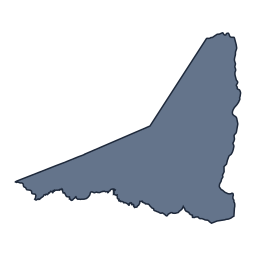 the district of Chasefu, Eastern, Zambia
{"feature_id": "96606910B72978673218668", "entity_name": "Chasefu", "entity_type": "district", "adm_level": 2, "iso_a3": "ZMB", "parent_name": "Zambia", "parent_adm1": "Eastern", "projection": "albers", "projection_center": [32.897, -11.923], "detail": "fine", "context": "isolated", "style": "filled", "palette": "slate", "viewbox_px": 256, "rotation_deg": 0, "n_neighbors": 0, "source": "geoboundaries", "source_scale": "gbopen_adm2", "svg_char_len": 5831}
<svg xmlns="http://www.w3.org/2000/svg" viewBox="0 0 256 256"><path d="M15.4,182.0L16.1,182.1L16.4,182.4L17.6,182.1L18.7,182.4L20.3,183.0L21.4,182.9L22.1,183.1L23.0,183.8L23.3,184.4L23.4,185.8L23.8,186.7L24.4,187.1L25.2,187.4L25.7,187.8L26.6,189.6L27.2,189.8L30.0,190.2L30.6,190.4L31.2,190.9L31.5,191.2L31.8,193.2L32.1,193.6L33.5,194.0L34.5,194.0L34.9,194.2L35.3,194.3L35.9,195.6L35.9,196.0L35.6,196.7L35.4,198.3L34.7,199.2L35.3,199.7L35.9,200.0L36.3,200.0L38.2,198.9L38.6,199.0L38.8,199.4L39.2,199.3L39.7,199.3L40.1,198.6L40.9,198.2L41.3,197.5L42.3,197.1L42.7,196.7L43.2,196.4L43.9,195.0L44.8,194.7L45.5,195.0L45.7,194.4L46.2,194.2L47.5,194.6L48.4,193.6L48.6,193.0L48.8,192.7L49.2,192.7L49.5,192.9L50.6,191.3L50.8,191.2L51.9,191.8L52.6,192.7L52.9,192.6L53.1,192.2L53.1,191.2L53.2,190.6L53.5,190.6L53.8,190.9L54.0,191.2L54.3,191.2L54.5,191.0L54.4,190.5L54.5,190.1L54.8,190.1L55.1,190.4L56.8,190.1L57.9,190.2L58.9,189.9L59.2,190.0L59.3,190.2L59.8,190.0L59.9,189.9L59.9,189.4L60.1,189.3L60.7,189.3L61.1,189.6L61.3,189.7L61.9,189.4L62.0,189.0L62.4,189.4L62.7,191.6L63.2,193.0L63.7,193.0L64.2,192.7L64.5,192.8L66.4,196.4L67.1,196.7L67.5,196.7L68.5,197.0L69.3,196.8L69.5,196.9L69.6,197.5L69.4,199.0L69.7,199.1L70.5,199.2L70.9,200.1L71.1,200.3L71.4,200.4L72.5,200.1L73.7,198.7L74.8,198.1L75.1,197.3L75.9,196.7L76.1,197.0L76.2,197.4L76.7,198.5L77.9,199.3L79.0,199.1L80.3,199.4L81.4,199.2L83.4,199.2L84.3,199.1L86.5,198.5L87.9,197.4L89.6,195.3L90.2,193.5L90.3,192.9L91.2,191.8L92.2,191.9L94.2,192.8L96.6,192.1L97.7,192.5L99.6,192.6L102.3,191.4L102.6,191.6L103.6,191.3L104.7,191.3L105.5,191.8L107.2,191.6L107.6,191.8L107.8,192.6L108.4,192.4L108.5,191.8L109.2,191.1L109.9,190.9L110.5,189.8L111.0,189.4L112.6,189.0L113.5,189.0L114.5,189.3L115.3,189.9L114.9,190.5L114.6,190.6L113.5,189.9L113.3,189.9L113.6,191.8L113.9,192.0L114.1,192.5L114.0,193.0L113.6,193.1L113.8,193.5L113.5,193.9L113.5,194.3L114.1,194.0L114.5,194.6L115.9,195.0L116.1,195.3L116.5,195.1L117.0,195.0L116.9,195.3L117.2,196.0L117.3,196.7L117.3,197.8L117.5,198.5L117.9,198.9L118.9,199.1L119.0,199.2L119.1,199.6L118.7,200.3L118.8,200.6L119.2,200.8L119.2,201.0L120.2,201.2L120.5,201.0L120.9,201.7L121.8,201.4L122.8,201.7L123.3,202.0L123.6,202.7L124.0,202.9L124.8,202.5L125.9,203.0L126.2,203.1L127.3,203.7L128.2,204.5L128.4,204.5L128.4,204.8L128.8,205.2L129.0,205.2L128.9,204.6L129.3,204.3L129.2,203.9L129.2,203.7L129.6,203.6L129.7,203.3L130.0,203.4L130.1,203.0L130.4,203.0L130.4,203.3L130.5,203.1L130.9,203.0L130.9,202.9L131.0,202.7L131.3,202.8L131.7,203.3L131.7,203.6L131.9,203.8L131.7,204.1L131.8,204.7L132.2,204.8L132.6,204.7L133.1,204.6L133.5,204.5L133.8,205.4L133.7,206.2L133.9,206.3L133.9,206.5L134.2,206.7L134.2,206.9L134.5,207.5L135.7,207.2L136.4,207.2L137.1,206.9L137.5,205.9L138.4,205.4L138.8,204.9L139.7,203.2L139.7,202.1L139.9,201.3L141.0,201.5L142.0,201.1L142.2,201.5L142.4,201.6L142.4,201.8L142.8,202.0L142.7,202.3L143.2,202.5L143.3,202.6L143.7,202.8L144.8,203.0L145.4,203.9L145.8,203.8L148.5,204.2L148.7,204.3L149.2,204.8L149.9,205.9L150.4,206.3L151.7,207.8L152.3,208.2L152.5,208.2L153.5,208.6L153.8,209.6L153.9,210.2L154.4,210.5L154.9,210.8L155.5,210.9L157.4,211.8L158.1,211.9L160.4,213.2L161.5,213.2L161.9,212.9L162.4,212.9L164.6,214.3L165.8,215.5L166.7,215.9L167.2,215.7L168.4,214.0L169.5,213.5L170.6,212.7L170.8,212.8L171.5,212.6L172.3,212.7L172.8,213.2L174.9,213.3L175.7,213.2L178.3,212.5L178.6,212.2L179.1,211.4L179.3,211.3L179.4,211.1L180.8,210.3L181.1,209.8L181.6,209.2L181.8,209.2L182.3,208.7L182.6,208.1L182.6,207.6L183.1,207.2L183.3,206.5L184.3,208.1L184.7,208.5L185.0,209.8L185.2,210.2L185.7,210.6L185.8,211.0L186.9,211.6L187.2,211.5L187.7,211.9L188.1,212.0L188.3,212.4L188.8,212.4L189.2,213.0L189.4,213.7L189.9,214.0L190.1,214.3L190.3,214.5L190.7,214.5L191.1,214.8L191.8,215.1L192.4,215.2L192.4,216.0L192.5,216.2L192.3,216.7L192.5,217.3L192.9,217.3L193.1,217.5L193.7,217.4L194.6,217.5L195.5,217.0L197.7,216.9L198.1,217.0L198.3,217.4L199.5,218.5L200.7,218.7L201.9,218.6L204.3,219.5L205.0,219.9L207.6,220.2L208.6,220.7L209.3,221.6L211.5,223.2L217.1,221.0L224.9,219.8L225.8,219.4L228.4,219.1L230.9,218.1L233.0,216.6L233.9,216.2L234.4,208.4L234.8,206.0L234.7,204.8L234.8,204.1L234.3,202.4L233.9,201.9L233.9,200.2L233.0,198.7L232.9,198.1L232.9,196.7L233.3,195.3L233.1,193.9L232.9,193.5L232.6,193.3L231.6,193.3L231.3,193.6L229.9,193.9L228.0,193.7L224.8,192.2L222.4,190.1L221.3,189.7L220.0,187.9L219.4,187.0L219.3,186.5L219.4,185.1L219.6,184.0L221.1,181.3L221.6,179.1L222.8,177.2L222.9,176.9L222.5,175.1L224.1,171.8L224.0,166.6L226.5,164.1L227.4,160.3L228.9,156.2L229.2,155.8L231.2,154.2L231.8,153.2L232.5,151.8L233.2,149.7L233.9,146.5L233.8,145.5L233.1,143.8L232.9,143.2L234.0,141.0L234.5,139.0L234.1,136.3L234.1,135.4L234.6,134.5L235.9,133.2L236.4,132.0L237.8,124.2L237.8,123.7L236.7,118.3L236.3,117.4L235.6,116.6L234.1,115.7L232.7,114.4L232.5,113.6L232.4,112.8L232.4,112.0L232.7,110.9L233.1,109.8L233.8,108.5L234.4,107.5L236.8,104.8L237.8,103.4L238.9,101.6L239.1,100.7L239.6,100.0L239.9,99.0L239.6,97.9L240.1,96.3L240.6,93.1L240.5,92.2L239.8,90.4L239.4,89.9L237.4,88.9L237.2,88.5L237.2,87.1L236.4,85.8L236.3,85.3L236.4,84.9L237.4,83.3L237.7,82.5L237.7,82.0L237.3,81.2L236.5,80.3L236.3,79.9L235.2,75.8L235.0,74.8L234.9,72.9L235.2,71.5L235.6,70.8L235.7,69.8L235.4,68.4L234.8,67.1L234.8,66.7L235.5,63.9L234.5,60.8L234.4,59.4L234.7,57.5L235.4,54.8L235.5,51.9L236.6,48.8L236.7,47.9L236.2,44.7L234.6,38.6L234.2,37.5L233.8,37.3L231.4,37.3L230.3,36.9L229.7,36.1L228.9,34.0L228.3,33.2L227.5,33.2L226.6,33.5L226.2,34.0L225.9,34.8L225.5,35.0L224.9,35.0L224.6,35.0L223.9,34.5L222.9,32.9L222.4,32.8L218.9,34.3L218.4,34.1L217.1,34.3L212.3,37.5L211.0,37.5L209.9,38.2L208.8,38.4L207.0,38.3L206.4,38.7L150.0,126.0L84.6,154.2L84.6,154.4L82.2,155.4L78.3,156.8L63.8,162.7L56.1,165.6L16.7,181.1L15.4,181.8L15.4,182.0Z" fill="#64748b" stroke="#1e293b" stroke-width="1.5"/></svg>